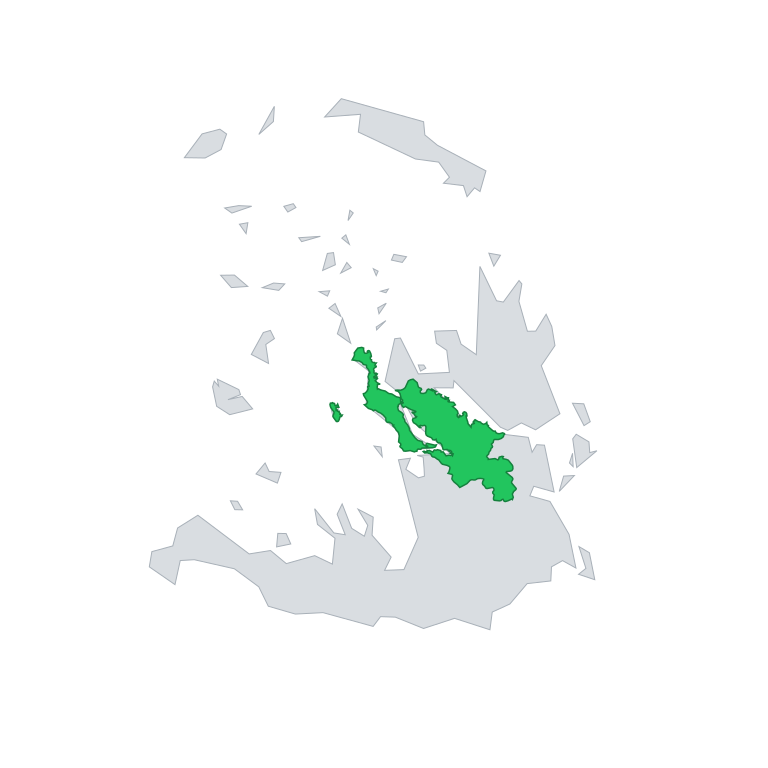 Greece, with Stereá Elláda highlighted, rotated 200°
{"feature_id": "GRC-2989", "entity_name": "Stereá Elláda", "entity_type": "Region", "adm_level": 1, "iso_a3": "GRC", "parent_name": "Greece", "parent_adm1": "", "projection": "natural_earth1", "projection_center": [23.212, 38.602], "detail": "fine", "context": "in_parent", "style": "filled", "palette": "green", "viewbox_px": 768, "rotation_deg": 200, "n_neighbors": 0, "source": "natural_earth", "source_scale": "10m", "svg_char_len": 9871}
<svg xmlns="http://www.w3.org/2000/svg" viewBox="0 0 768 768"><g transform="rotate(200 384 384)"><path d="M511.8,124.0L542.0,131.9L544.8,147.1L527.1,159.6L528.7,178.1L514.0,197.0L452.6,178.2L433.7,188.7L414.4,181.8L390.4,199.0L370.9,197.1L377.3,222.3L398.5,229.3L406.5,243.1L380.2,226.9L368.9,229.1L383.5,245.6L382.3,257.0L365.0,237.3L350.4,234.2L350.9,245.6L365.6,257.5L348.6,255.2L343.5,237.8L318.1,223.8L319.7,209.1L301.8,216.4L299.4,251.6L344.5,317.7L333.8,323.3L334.3,311.3L319.5,307.6L314.5,311.2L317.3,318.0L322.2,328.7L328.4,328.2L297.8,341.3L339.9,357.1L366.4,380.8L383.9,386.8L389.4,430.2L384.3,432.8L355.2,405.2L326.5,417.3L336.5,437.1L348.7,440.2L354.5,451.0L334.2,459.1L325.2,447.8L307.3,443.1L334.1,527.3L306.7,500.7L299.9,501.8L292.5,527.4L288.7,525.2L285.5,507.8L267.3,482.6L259.5,485.6L255.5,505.0L246.0,495.4L236.5,478.6L242.5,455.0L208.5,416.2L225.9,392.8L241.6,394.4L251.9,382.7L259.8,383.2L319.4,411.1L317.7,404.0L335.6,397.6L288.7,374.2L282.4,380.5L260.6,376.2L230.2,383.2L221.5,370.5L219.8,379.2L212.3,381.4L187.2,340.7L208.3,339.1L208.7,328.8L187.9,330.4L158.7,306.0L140.7,276.7L155.8,279.1L164.1,269.5L159.9,256.0L181.2,245.4L190.5,220.3L204.3,206.7L200.4,189.3L237.6,187.9L263.2,167.8L293.6,168.8L307.7,164.2L311.3,152.5L363.1,148.3L388.6,137.5L416.7,135.6L432.3,150.6L461.4,159.2L502.2,154.0L515.1,148.4L511.8,124.0ZM377.2,597.6L396.8,593.0L393.2,600.7L408.5,611.2L431.4,606.2L494.3,612.0L498.3,629.4L531.1,614.6L521.7,637.5L436.5,644.0L430.8,632.0L415.4,626.6L361.1,619.1L359.6,597.7L366.0,599.3L370.0,588.4L377.2,597.6ZM340.2,328.7L356.6,345.4L393.7,358.1L402.9,391.0L420.7,396.6L421.6,406.4L408.1,406.5L388.4,377.9L364.4,373.9L339.8,346.4L316.3,341.0L340.2,328.7ZM533.6,305.8L544.1,322.7L544.5,328.7L538.6,325.4L542.3,331.5L518.5,329.1L515.2,324.9L525.3,315.9L513.0,323.8L498.9,315.7L518.5,302.4L533.6,305.8ZM625.4,567.3L617.4,565.1L617.3,548.6L629.4,535.2L649.0,528.4L640.5,556.8L625.4,567.3ZM515.0,391.1L509.1,395.5L502.5,389.2L508.6,380.7L499.5,363.8L518.8,366.4L515.0,391.1ZM174.3,371.4L187.9,397.0L186.2,402.5L171.6,399.7L167.2,389.9L161.1,394.1L174.3,371.4ZM145.2,297.9L133.3,295.7L119.0,272.2L136.1,271.7L131.2,279.8L145.2,297.9ZM473.5,255.7L468.7,269.1L462.0,262.5L450.6,265.7L450.3,254.4L473.5,255.7ZM560.4,422.4L574.7,430.3L561.8,435.2L545.4,429.1L560.4,422.4ZM432.7,207.3L424.8,210.0L416.9,201.8L429.2,194.2L432.7,207.3ZM181.8,413.3L200.3,430.4L189.5,433.7L177.3,419.1L181.8,413.3ZM481.9,487.3L476.4,490.2L470.5,479.4L480.5,469.7L481.9,487.3ZM445.0,415.2L445.5,431.6L429.2,410.9L445.0,415.2ZM587.0,575.7L582.0,607.4L577.7,592.8L587.0,575.7ZM183.7,358.9L173.8,363.1L182.6,343.0L183.7,358.9ZM330.2,542.8L318.6,544.8L321.1,532.3L330.2,542.8ZM569.1,505.8L585.4,492.6L593.9,494.9L581.6,501.9L569.1,505.8ZM511.5,444.1L514.9,436.0L531.3,432.9L522.3,441.1L511.5,444.1ZM462.6,473.4L460.5,485.5L454.6,482.1L462.6,473.4ZM461.7,436.3L457.5,442.9L447.6,432.7L461.7,436.3ZM427.3,345.7L419.1,347.3L415.6,332.6L420.4,335.5L427.3,345.7ZM488.4,221.7L481.5,223.7L473.8,217.4L481.2,214.9L488.4,221.7ZM419.4,503.0L419.1,509.2L406.4,511.3L408.4,504.5L419.4,503.0ZM514.1,492.3L494.3,501.0L510.1,489.6L514.1,492.3ZM410.8,434.9L403.9,444.2L409.4,432.3L410.8,434.9ZM476.5,448.6L466.9,453.0L467.2,447.2L476.5,448.6ZM538.9,516.7L530.9,522.4L527.1,519.7L533.2,512.7L538.9,516.7ZM574.5,484.7L567.1,489.0L565.0,478.1L574.5,484.7ZM415.9,453.4L409.5,460.7L412.7,448.3L415.9,453.4ZM182.7,373.2L183.1,383.4L178.0,371.0L182.7,373.2ZM473.5,506.6L470.9,511.1L464.3,503.4L473.5,506.6ZM372.2,322.3L365.2,323.8L360.8,315.1L372.2,322.3ZM358.3,413.6L353.1,415.4L350.1,413.2L354.1,408.6L358.3,413.6ZM418.9,470.0L412.4,474.7L413.4,470.4L418.9,470.0ZM473.7,525.3L475.5,535.6L471.4,534.2L473.7,525.3ZM433.5,488.7L428.1,488.0L428.4,483.2L433.5,488.7Z" fill="#d9dde1" stroke="#a8b0b8" stroke-width="1"/><path d="M324.1,333.9L323.4,334.6L321.6,334.6L320.4,335.2L320.8,336.3L319.9,336.3L318.7,337.1L314.9,336.7L314.3,339.0L313.8,339.4L312.3,339.5L311.5,340.5L307.9,340.9L307.0,339.6L305.2,340.5L301.1,337.7L298.6,339.3L296.8,339.6L296.0,340.5L295.1,339.9L295.1,342.0L298.1,341.5L298.1,342.0L296.9,342.8L297.5,343.7L298.7,344.0L299.3,343.0L299.7,343.0L299.3,344.1L301.7,343.7L302.3,344.1L305.3,342.6L306.0,342.6L308.8,346.5L310.7,347.8L313.0,347.3L313.8,347.5L315.7,349.0L316.1,349.9L317.4,348.7L319.1,348.3L320.9,349.7L325.3,349.9L326.9,350.5L328.0,352.0L329.9,358.0L330.7,358.9L331.9,359.0L333.9,357.7L335.5,357.7L336.4,356.7L334.7,355.7L335.8,355.2L339.9,357.1L343.1,357.8L344.7,359.5L345.0,360.5L344.8,361.5L342.4,363.4L341.9,365.1L342.5,364.3L343.2,364.2L345.3,366.0L347.8,366.8L347.8,367.3L345.2,367.8L344.6,368.8L344.9,369.2L350.1,369.2L356.3,370.2L357.7,368.6L359.2,369.4L361.3,371.5L359.6,372.5L359.6,373.1L361.0,373.6L361.2,374.0L360.9,375.2L362.8,376.1L365.7,380.5L368.0,382.0L371.5,381.7L369.6,382.8L366.1,383.9L364.0,385.8L362.8,387.9L362.2,395.2L360.6,397.0L358.3,398.5L353.3,396.6L350.9,393.2L349.9,392.6L347.7,392.6L346.8,391.8L347.0,390.8L347.6,389.9L347.0,388.5L346.0,387.9L343.7,388.6L341.7,390.1L341.3,393.6L340.4,394.5L334.9,394.1L337.6,395.0L337.7,395.5L337.4,395.6L332.2,394.7L333.5,393.6L331.8,391.9L331.0,391.8L329.1,393.6L326.3,393.6L326.3,393.1L327.5,393.1L325.8,391.3L321.3,390.6L320.2,390.8L319.5,392.0L321.2,391.8L322.0,392.2L322.4,393.1L319.5,392.7L318.7,393.1L317.8,389.4L317.4,389.4L316.9,390.5L316.6,389.4L312.3,390.5L309.8,388.8L311.9,386.2L308.4,385.1L305.6,383.6L304.3,381.5L304.8,380.2L304.0,378.6L302.5,377.9L301.3,379.4L302.4,379.5L302.5,380.1L301.9,380.5L300.4,379.9L298.9,382.0L298.9,382.5L300.0,383.1L300.0,383.6L299.5,384.0L299.7,384.6L298.9,385.4L297.3,385.3L296.3,384.6L295.1,382.4L295.9,382.0L295.0,380.3L292.1,376.7L291.6,375.5L287.4,373.1L287.9,376.0L285.7,377.8L286.5,378.7L287.0,378.3L287.2,379.0L287.1,379.6L286.2,380.4L286.6,380.9L286.2,381.6L282.6,380.9L280.2,381.2L279.1,380.4L276.5,380.2L274.8,381.8L274.3,383.1L273.1,380.9L271.7,380.7L271.8,379.9L270.9,379.3L265.7,377.3L264.5,377.2L263.4,377.8L261.9,376.4L260.1,376.3L258.3,376.9L255.8,378.7L253.8,378.6L253.5,378.1L254.0,376.8L253.8,375.3L255.1,373.0L257.6,370.9L261.1,369.7L261.7,368.8L261.4,366.4L262.5,364.3L260.6,362.3L260.6,361.3L261.4,360.3L261.2,358.0L262.0,356.0L261.7,353.9L262.7,351.9L262.7,350.8L260.3,349.5L260.2,348.8L254.2,351.9L251.0,351.6L250.6,352.6L250.7,354.7L248.4,356.4L247.1,356.6L247.3,355.6L246.6,354.5L243.3,355.0L241.1,354.9L235.8,351.7L234.9,350.8L233.9,348.5L233.9,347.5L234.3,346.3L235.4,345.4L238.9,343.6L238.9,342.6L231.5,340.0L230.6,339.2L230.3,338.1L230.7,336.1L230.3,334.7L224.1,331.1L223.9,330.0L225.5,327.1L225.5,326.0L225.8,325.0L225.4,323.9L223.8,321.8L223.8,319.3L224.6,319.6L227.5,316.7L229.7,315.1L230.9,314.9L232.8,316.4L233.8,315.5L234.2,314.5L235.5,313.7L240.7,312.4L241.7,313.2L242.1,314.3L242.5,317.5L244.4,318.6L244.9,319.7L244.3,321.8L244.8,322.9L245.7,323.7L246.8,323.8L251.4,321.0L252.5,320.9L254.7,322.5L256.7,323.3L257.6,324.4L257.9,326.6L257.5,327.6L257.7,328.7L258.8,328.8L261.1,328.3L263.7,327.1L265.3,325.2L266.5,324.6L268.8,324.1L270.1,323.0L272.0,318.7L277.4,312.7L280.4,314.4L284.7,315.9L286.9,317.3L287.8,318.1L288.3,321.6L289.2,322.3L293.3,321.9L292.9,323.8L293.2,327.2L293.6,328.3L294.6,328.9L297.0,329.1L301.6,328.6L302.9,329.0L306.8,331.5L307.9,331.5L311.2,332.5L313.4,332.2L314.5,332.6L316.3,334.4L319.8,334.1L322.2,333.1L324.1,333.9ZM422.2,395.7L421.6,399.5L421.7,401.4L422.6,403.1L420.9,408.8L417.4,410.8L415.4,410.8L415.0,409.4L413.6,407.1L412.5,406.3L410.8,407.0L409.8,408.2L410.8,408.8L410.8,409.4L409.8,410.2L408.9,410.1L406.9,408.2L405.3,405.7L405.3,405.2L406.1,404.6L405.4,402.9L404.8,402.4L404.0,402.5L403.6,401.3L402.6,400.6L401.3,400.5L400.2,401.0L399.4,400.5L398.5,401.0L398.6,400.5L398.9,400.4L398.9,398.3L398.4,397.9L397.4,398.1L397.2,397.5L398.9,395.1L398.8,394.2L397.9,393.1L397.3,391.2L395.6,390.3L394.7,390.5L395.1,391.5L393.7,391.2L394.0,389.8L396.0,387.3L395.4,386.3L394.9,386.3L393.8,387.3L393.7,388.2L392.7,388.2L393.0,386.7L392.1,386.7L393.4,384.1L390.8,382.9L387.5,382.5L389.6,381.7L390.0,380.9L389.5,380.2L389.5,378.9L388.5,377.1L388.3,377.5L384.7,377.3L380.5,377.8L376.3,376.7L373.2,377.3L368.0,376.2L364.3,376.7L363.6,376.0L362.1,372.5L361.7,373.0L360.9,373.1L363.4,369.4L363.0,368.3L363.0,367.8L363.4,367.8L363.4,367.3L362.1,365.0L361.2,364.0L357.5,363.2L355.4,362.0L354.9,359.4L352.2,357.3L351.7,355.9L347.8,353.6L345.1,351.1L344.2,349.3L336.8,344.2L333.1,342.6L328.6,342.9L326.6,340.7L322.4,339.6L321.6,339.9L321.6,340.5L323.3,340.8L323.8,341.5L323.7,342.6L323.2,343.0L315.4,343.9L314.0,344.7L314.1,343.0L314.3,342.3L316.6,340.7L326.5,336.7L327.1,335.2L329.7,334.6L330.3,333.2L330.1,332.0L331.0,331.7L332.2,330.6L336.6,330.4L341.1,328.1L342.7,327.8L344.6,329.4L347.2,330.3L347.8,331.0L347.3,332.4L348.0,333.6L350.5,334.6L352.0,340.7L353.9,343.5L356.6,344.7L359.2,346.9L360.8,347.3L360.8,348.7L361.7,348.3L362.4,349.1L365.0,349.9L365.7,349.5L366.3,349.9L367.5,349.1L368.8,349.4L369.7,350.3L370.7,352.7L374.3,354.6L377.1,355.5L380.0,355.7L382.6,356.5L383.8,356.4L384.9,355.2L386.2,355.8L390.3,355.7L395.4,357.8L393.6,359.1L393.3,361.2L393.6,361.9L399.2,366.4L400.1,367.8L398.6,369.0L397.5,371.5L397.2,374.1L398.4,375.7L398.4,376.2L397.3,376.6L397.5,377.3L398.9,378.9L399.1,382.1L401.5,385.4L401.5,387.5L401.8,388.0L401.0,389.4L401.5,390.4L403.9,392.5L406.1,393.6L406.7,395.4L407.2,395.7L410.1,395.3L411.9,396.6L415.4,397.2L416.6,396.7L422.2,395.7ZM426.6,344.4L427.8,346.4L427.8,347.7L427.0,347.8L426.2,348.8L425.8,348.9L425.3,348.3L424.3,348.8L423.6,348.5L422.7,347.0L421.6,347.4L420.9,348.1L420.7,349.3L418.5,346.7L421.1,345.7L420.0,342.9L419.4,343.6L419.0,343.6L418.8,342.7L418.3,342.5L416.8,343.0L416.8,342.2L415.5,341.6L415.2,340.5L414.7,341.0L413.7,339.9L412.6,340.5L412.8,339.0L414.2,337.9L413.9,335.7L414.1,333.6L414.7,332.9L416.0,332.5L420.2,335.4L421.0,336.3L421.0,338.9L421.4,340.6L425.3,343.2L426.6,344.4Z" fill="#22c55e" stroke="#15803d" stroke-width="1.5"/></g></svg>